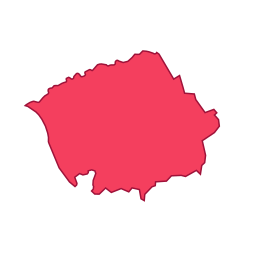 the district of Camden, Georgia, United States of America, rotated 142°
{"feature_id": "52423323B71362647483761", "entity_name": "Camden", "entity_type": "district", "adm_level": 2, "iso_a3": "USA", "parent_name": "United States of America", "parent_adm1": "Georgia", "projection": "robinson", "projection_center": [-81.646, 30.939], "detail": "fine", "context": "isolated", "style": "filled", "palette": "rose", "viewbox_px": 256, "rotation_deg": 142, "n_neighbors": 0, "source": "geoboundaries", "source_scale": "gbopen_adm2", "svg_char_len": 2125}
<svg xmlns="http://www.w3.org/2000/svg" viewBox="0 0 256 256"><g transform="rotate(142 128 128)"><path d="M58.9,169.8L59.7,169.5L60.8,169.7L61.7,170.3L62.2,171.5L64.7,175.3L66.4,177.3L68.9,179.6L73.6,179.0L75.5,180.4L76.8,181.6L77.3,181.9L81.3,181.0L86.8,180.6L87.3,180.7L91.5,182.6L94.0,186.4L94.5,187.7L95.5,188.3L96.7,188.2L97.5,187.8L98.1,186.8L98.8,186.3L100.2,186.3L101.4,187.2L102.7,188.2L103.8,188.7L104.9,188.9L105.3,189.1L105.7,189.4L105.9,189.8L106.1,190.4L106.2,191.2L106.4,191.4L109.5,194.8L111.0,195.8L113.1,196.6L120.6,195.2L121.2,195.7L121.5,196.8L121.8,197.2L122.4,197.7L127.2,198.6L128.0,198.1L128.2,197.7L128.5,196.6L128.8,196.2L129.6,195.9L130.3,195.9L132.0,196.4L132.6,196.8L133.3,197.3L133.4,198.1L133.3,199.7L133.4,200.9L133.8,201.8L134.2,202.2L135.1,202.6L138.9,201.9L140.0,200.9L141.4,200.7L142.3,201.3L142.6,201.9L143.0,203.5L143.6,204.5L146.0,205.0L146.6,204.6L147.1,203.4L147.6,202.7L148.5,202.4L150.7,203.3L152.8,203.9L156.7,204.4L157.3,204.7L158.9,206.0L160.2,206.8L163.0,206.3L164.0,206.7L164.6,207.2L165.3,207.4L165.9,207.5L166.4,207.6L166.9,207.5L167.4,207.2L168.0,206.5L168.3,206.0L168.5,205.3L168.8,204.7L169.5,204.2L170.2,204.1L172.2,204.3L173.8,204.5L176.5,204.2L181.7,203.1L182.4,203.1L183.4,203.9L185.8,207.1L186.8,207.6L189.2,208.4L190.5,208.6L193.9,209.0L195.2,208.9L193.7,206.8L190.7,197.5L190.2,193.4L190.5,187.7L191.9,180.3L194.4,173.4L196.4,169.6L199.2,166.1L199.8,164.3L206.8,139.0L207.3,121.5L205.8,114.5L203.6,114.7L202.3,115.8L200.3,122.0L194.2,121.9L192.4,118.8L188.4,116.9L186.8,117.3L185.8,118.7L182.4,117.4L180.5,114.6L181.4,112.0L187.7,108.1L190.7,104.7L191.1,103.1L193.0,101.2L195.5,100.8L194.9,96.5L191.4,93.6L182.6,94.5L180.8,87.5L170.7,84.5L166.7,77.2L161.7,78.3L156.9,72.5L161.3,64.2L159.9,60.8L155.6,65.4L145.3,66.9L142.0,65.8L139.4,68.6L130.4,62.5L123.2,63.6L115.2,57.9L112.5,54.4L100.2,52.5L99.4,47.0L92.9,53.1L88.9,53.5L83.7,58.7L77.3,72.3L62.7,71.2L54.9,73.2L51.5,78.9L51.9,85.0L48.7,85.3L48.9,89.8L57.8,92.7L57.1,108.7L54.8,114.0L62.0,120.6L59.8,125.8L55.1,137.6L61.9,138.4L58.1,167.1L58.9,169.8Z" fill="#f43f5e" stroke="#9f1239" stroke-width="1.5"/></g></svg>